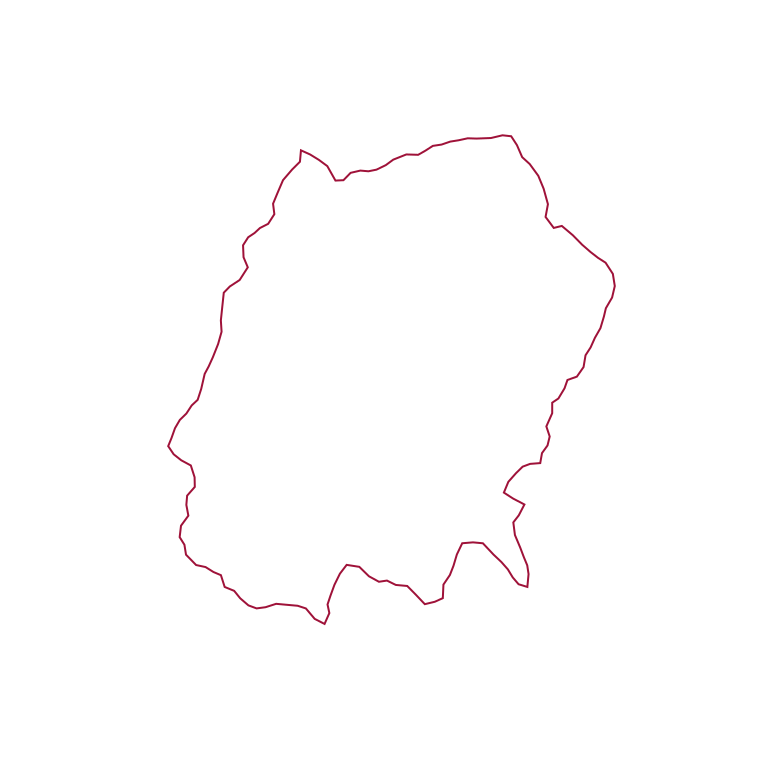 Monsenhor Paulo, Minas Gerais, Brazil (Natural Earth projection), rotated 153°
{"feature_id": "56859067B7158263227488", "entity_name": "Monsenhor Paulo", "entity_type": "district", "adm_level": 2, "iso_a3": "BRA", "parent_name": "Brazil", "parent_adm1": "Minas Gerais", "projection": "natural_earth1", "projection_center": [-45.479, -21.731], "detail": "fine", "context": "isolated", "style": "outline", "palette": "rose", "viewbox_px": 768, "rotation_deg": 153, "n_neighbors": 0, "source": "geoboundaries", "source_scale": "gbopen_adm2", "svg_char_len": 2110}
<svg xmlns="http://www.w3.org/2000/svg" viewBox="0 0 768 768"><g transform="rotate(153 384 384)"><path d="M579.9,237.1L570.7,231.3L561.6,225.6L555.5,219.5L552.4,206.2L545.9,197.2L536.7,204.7L534.4,213.2L528.0,219.5L519.3,227.6L509.4,235.0L499.4,239.8L489.0,232.3L484.7,219.5L478.3,210.1L470.6,207.5L464.7,199.6L455.0,193.5L451.2,181.5L447.6,169.3L437.6,166.9L428.8,166.5L422.1,178.3L412.0,183.9L404.6,190.5L396.5,199.0L386.6,206.6L376.6,202.5L368.2,197.2L363.9,182.4L360.2,172.0L357.8,162.6L357.1,153.2L355.0,144.5L348.4,138.1L341.5,149.0L338.7,157.4L338.0,166.3L336.9,176.3L335.9,190.0L331.6,202.0L323.5,205.8L313.6,212.9L320.9,223.2L326.5,232.8L317.6,240.4L306.9,244.6L298.0,247.4L290.1,246.5L280.7,242.6L274.6,250.7L266.2,255.0L260.2,262.0L258.6,272.5L247.4,281.6L242.6,291.0L235.2,291.9L225.1,298.2L218.7,304.3L208.8,303.0L198.5,308.5L191.4,318.1L183.3,322.8L175.1,329.4L165.8,335.5L157.5,344.2L151.9,350.8L141.5,357.5L133.9,366.5L130.1,378.2L131.5,391.5L136.0,399.2L140.0,407.7L144.2,418.1L148.2,430.8L153.8,444.1L161.9,446.0L164.2,459.5L156.3,469.8L153.1,485.5L152.0,499.5L154.3,513.8L157.9,523.4L157.1,536.5L158.2,547.0L165.5,551.8L177.0,554.6L190.2,560.7L197.8,564.9L206.9,567.3L214.9,569.9L224.0,571.2L232.4,574.0L241.2,573.1L249.5,572.7L259.9,578.4L273.9,579.7L283.0,578.2L293.4,578.4L301.3,580.6L308.2,584.9L317.9,587.3L327.6,584.0L334.9,587.3L335.6,603.9L340.3,613.3L345.6,622.0L351.9,629.9L358.0,620.2L368.5,616.8L381.4,611.5L392.1,602.6L401.0,595.0L404.6,585.1L414.5,579.3L423.7,579.3L430.8,577.3L438.4,576.4L446.6,571.6L451.6,560.7L452.4,549.8L465.4,542.2L477.1,540.9L485.3,538.1L493.7,525.2L500.5,514.7L505.0,504.3L513.7,494.9L524.4,485.5L532.3,479.2L539.2,474.4L549.1,462.6L557.2,454.5L565.1,452.2L573.5,447.4L582.2,444.7L590.3,439.5L597.9,432.3L604.5,426.6L603.3,416.8L599.3,408.1L593.1,399.1L595.1,386.9L599.3,378.2L610.1,373.9L615.0,366.0L618.1,355.5L629.2,349.9L635.6,340.3L634.8,331.4L637.9,321.8L633.6,308.0L626.1,301.9L621.3,293.9L616.1,287.7L618.1,275.5L611.4,267.7L609.4,258.3L605.3,248.3L599.4,241.9L590.9,238.9L579.9,237.1Z" fill="none" stroke="#9f1239" stroke-width="2"/></g></svg>